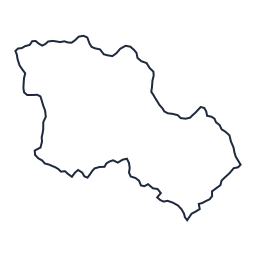 Tocantins, Minas Gerais, Brazil
{"feature_id": "56859067B54731939628864", "entity_name": "Tocantins", "entity_type": "district", "adm_level": 2, "iso_a3": "BRA", "parent_name": "Brazil", "parent_adm1": "Minas Gerais", "projection": "orthographic", "projection_center": [-43.027, -21.182], "detail": "fine", "context": "isolated", "style": "outline", "palette": "slate", "viewbox_px": 256, "rotation_deg": 0, "n_neighbors": 0, "source": "geoboundaries", "source_scale": "gbopen_adm2", "svg_char_len": 2002}
<svg xmlns="http://www.w3.org/2000/svg" viewBox="0 0 256 256"><path d="M15.4,51.0L16.8,54.5L17.6,59.3L19.6,65.5L22.5,69.7L25.2,73.3L24.0,78.3L23.6,83.9L23.4,88.2L24.1,92.4L27.2,95.0L32.6,95.0L37.3,94.8L40.4,96.4L41.7,100.4L43.3,105.9L45.1,110.6L45.8,116.7L43.3,122.1L43.2,129.6L42.5,133.7L41.7,137.2L42.0,141.6L40.5,147.5L34.7,150.6L35.1,155.0L38.3,158.3L42.1,160.4L44.8,163.5L48.8,164.5L52.2,166.0L55.4,167.3L58.4,169.1L60.9,171.6L65.0,171.2L67.9,173.9L71.9,176.8L75.0,172.6L78.1,170.0L82.2,172.6L84.4,176.4L87.5,177.6L90.0,174.3L92.2,171.0L94.6,168.4L99.5,167.0L104.5,166.8L106.3,163.5L109.3,161.6L113.1,160.3L117.8,162.6L122.6,159.7L126.9,158.7L129.0,163.0L129.7,168.0L129.0,172.6L130.7,176.5L135.5,178.0L139.1,180.8L140.9,185.4L144.3,186.2L148.1,184.2L152.9,188.3L157.6,189.0L160.8,193.1L157.2,197.4L160.3,200.1L163.7,201.6L167.5,200.8L172.8,202.6L178.0,205.5L181.6,209.4L184.0,213.6L184.9,217.2L187.2,220.2L189.3,217.0L191.6,213.7L195.6,211.6L199.7,209.1L198.8,203.9L202.3,203.0L205.8,201.1L209.6,199.3L212.1,196.2L212.0,191.4L216.0,188.4L220.4,185.2L221.6,180.5L225.1,177.2L229.5,173.2L233.7,168.2L238.1,167.3L240.6,164.7L238.3,160.9L235.8,156.8L234.5,152.7L233.5,147.4L230.9,141.4L229.5,135.4L225.4,131.7L221.6,129.3L219.7,125.2L215.9,122.1L214.5,118.7L211.5,116.7L207.1,115.8L206.2,111.4L204.3,108.0L200.7,107.0L198.0,109.9L195.6,112.5L192.8,115.0L190.1,117.7L185.6,118.7L180.7,118.1L177.8,115.2L172.8,113.9L167.8,113.3L164.3,111.4L162.3,108.1L159.4,104.9L157.2,101.2L155.3,98.3L153.5,95.1L151.3,91.9L152.0,86.6L152.5,80.4L153.7,75.6L153.4,71.7L149.7,68.1L146.5,63.0L141.3,61.2L137.5,57.9L136.5,52.9L134.1,50.0L130.4,46.7L125.6,45.8L120.3,48.7L116.3,53.3L112.4,56.1L108.1,55.4L103.8,54.3L100.0,49.4L95.0,48.3L91.6,46.9L89.6,43.7L87.3,37.5L83.5,35.8L78.8,36.6L75.1,40.2L71.6,42.7L68.1,42.5L64.3,41.3L60.2,42.1L56.7,41.5L52.8,40.9L48.1,41.5L45.4,44.0L42.2,45.6L38.6,43.5L35.6,41.0L32.2,41.2L29.7,44.9L25.0,46.2L21.8,48.1L18.0,48.5L15.4,51.0Z" fill="none" stroke="#1e293b" stroke-width="2"/></svg>